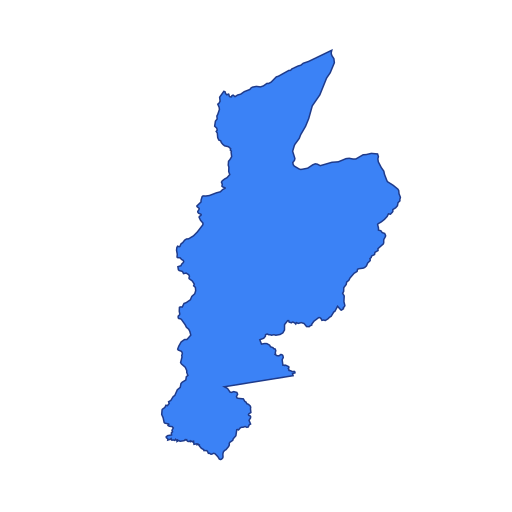 Caracolí, Antioquia, Colombia, rotated 240°
{"feature_id": "7082276B21568084054771", "entity_name": "Caracolí", "entity_type": "district", "adm_level": 2, "iso_a3": "COL", "parent_name": "Colombia", "parent_adm1": "Antioquia", "projection": "albers", "projection_center": [-74.748, 6.347], "detail": "fine", "context": "isolated", "style": "filled", "palette": "blue", "viewbox_px": 512, "rotation_deg": 240, "n_neighbors": 0, "source": "geoboundaries", "source_scale": "gbopen_adm2", "svg_char_len": 6132}
<svg xmlns="http://www.w3.org/2000/svg" viewBox="0 0 512 512"><g transform="rotate(240 256 256)"><path d="M166.6,305.4L167.4,305.6L168.1,307.5L168.7,308.2L172.5,309.3L177.3,312.4L180.4,312.4L181.5,314.2L184.7,316.2L186.2,319.8L188.1,321.5L188.5,324.2L189.9,326.3L192.0,332.3L192.1,335.8L193.7,337.3L193.6,338.6L191.9,342.7L191.7,344.4L192.2,346.7L194.1,349.2L194.9,352.5L195.5,353.0L196.8,353.3L197.1,355.0L198.2,356.0L198.0,359.4L199.7,360.8L199.7,364.4L201.4,365.3L202.8,372.3L203.6,373.2L206.3,374.8L208.2,377.9L209.0,378.5L211.2,378.7L213.2,377.0L215.5,376.7L217.2,375.0L219.1,376.1L222.4,377.0L222.9,377.8L222.9,381.6L223.5,385.6L224.7,389.4L226.3,391.8L225.0,393.3L225.8,396.1L226.3,396.9L227.8,397.7L227.9,401.0L228.8,403.6L231.2,405.7L231.8,408.2L233.0,408.8L234.6,410.4L238.4,411.0L241.3,412.3L242.9,412.3L248.5,410.2L254.4,407.1L255.6,407.0L262.5,408.1L265.6,409.1L270.1,408.7L276.4,409.0L279.2,410.1L280.9,411.7L283.6,412.3L287.2,407.2L288.7,402.2L290.1,399.4L290.1,391.0L291.4,388.6L294.0,385.6L295.3,382.7L296.4,374.4L299.2,368.6L302.1,356.8L304.9,355.0L306.2,353.4L306.6,350.8L306.2,344.7L308.1,339.1L308.8,337.7L309.9,336.8L314.7,334.1L316.4,333.9L318.5,334.5L319.6,337.1L320.9,338.4L328.4,340.1L332.4,344.3L333.2,345.4L336.2,352.2L338.7,355.3L343.5,363.7L348.6,370.3L357.9,379.8L363.6,391.8L374.8,406.1L377.6,411.9L384.2,420.5L387.9,422.1L391.2,421.9L393.2,422.2L394.6,422.9L396.3,424.5L398.2,398.8L399.3,393.3L398.8,390.2L399.5,387.5L400.1,380.7L399.5,378.7L400.3,377.2L400.5,365.1L401.0,363.2L399.0,356.0L399.1,353.3L400.0,351.7L399.6,347.5L400.2,344.4L402.7,341.1L404.0,337.4L404.0,335.7L403.3,334.0L404.2,328.0L403.8,323.6L404.6,320.7L404.5,317.5L406.8,316.6L406.9,315.3L406.1,314.3L406.8,313.1L408.0,312.8L409.7,313.3L410.1,313.0L410.1,311.4L411.9,310.9L413.7,311.3L414.7,310.5L411.7,303.9L408.0,302.3L406.8,300.3L406.6,298.8L403.1,298.4L401.2,297.6L397.7,293.6L396.8,292.1L394.1,290.9L393.1,288.3L389.1,285.1L386.5,285.9L384.4,285.4L383.8,283.8L381.9,284.0L377.6,282.0L374.9,281.8L373.5,283.0L371.6,282.7L369.2,283.1L367.1,283.9L364.4,286.8L361.6,287.7L360.5,286.7L359.1,287.1L358.2,286.3L354.2,284.6L352.5,281.6L351.8,279.6L348.6,277.4L346.5,276.9L342.8,274.6L339.6,274.0L338.3,270.0L338.4,267.5L338.0,264.4L337.2,263.0L335.1,262.7L333.5,261.4L332.2,261.9L330.6,263.3L330.1,263.1L330.2,260.2L329.4,257.3L330.5,253.3L331.7,245.8L333.1,242.4L334.5,240.2L334.4,239.1L331.9,236.4L330.3,235.4L328.9,229.8L328.3,229.6L325.6,230.6L324.9,230.1L323.7,227.8L322.9,227.5L321.7,227.7L319.7,229.2L319.2,229.2L318.7,228.6L318.6,226.7L318.0,226.1L314.7,225.8L311.0,226.5L309.6,225.6L306.1,217.1L304.7,212.0L304.6,206.2L305.5,204.3L305.4,202.1L304.2,199.2L304.1,197.3L302.3,194.8L302.5,194.0L303.7,193.0L302.9,191.7L300.8,190.1L296.9,188.7L294.6,187.1L293.9,187.2L292.3,189.4L290.2,189.8L288.5,190.8L287.3,190.6L286.7,189.8L286.1,187.5L285.1,186.2L285.8,183.0L282.9,181.9L281.8,182.2L279.7,184.3L278.7,184.6L277.0,184.4L276.1,187.0L273.4,188.4L271.7,188.2L270.4,186.9L269.7,186.8L266.3,188.3L262.5,188.5L261.4,187.1L259.1,187.8L256.1,186.4L253.9,184.0L253.1,180.2L250.9,177.3L250.5,172.3L250.9,169.9L248.7,166.7L249.8,164.8L249.8,164.0L246.5,161.9L243.9,161.0L243.3,160.4L242.8,158.5L241.3,157.7L240.4,157.9L239.4,159.2L238.2,159.7L231.9,160.3L229.1,160.1L226.3,161.1L223.9,161.0L220.1,160.0L218.2,154.5L219.4,152.3L219.0,148.2L216.5,144.0L214.5,141.6L213.5,141.6L210.8,143.7L209.5,143.8L208.1,143.3L207.1,142.0L205.5,141.4L201.4,137.4L199.7,137.5L195.0,139.1L191.3,138.7L189.8,137.8L186.6,137.3L186.3,135.3L183.7,133.2L183.6,129.0L183.1,127.3L180.1,124.7L179.5,121.0L175.8,115.9L175.7,114.1L173.5,110.0L173.5,107.4L171.7,107.1L170.7,104.4L171.8,103.4L170.4,101.3L170.1,98.3L169.7,97.7L165.9,95.1L162.4,94.7L157.7,93.2L156.8,93.5L154.2,96.4L153.9,96.4L153.5,95.1L153.1,95.1L151.9,95.8L150.1,98.1L148.4,98.4L147.1,96.1L145.5,95.8L145.1,94.2L143.2,93.4L144.6,89.8L144.4,87.9L143.6,87.5L141.6,88.2L140.7,87.5L140.2,89.8L140.3,91.2L139.1,90.8L138.5,91.1L138.1,92.3L136.9,93.4L137.5,94.7L136.4,94.9L136.1,95.9L134.9,94.9L134.8,96.9L133.5,97.6L132.0,101.5L132.4,102.9L131.7,103.1L131.6,104.1L130.6,103.9L129.5,104.3L128.7,105.4L128.8,106.6L127.9,106.5L127.8,107.8L126.8,108.0L126.8,109.3L123.9,108.1L122.9,111.1L122.5,111.3L122.1,110.8L121.8,111.9L121.1,111.7L120.7,112.5L119.7,112.0L116.8,112.5L114.4,113.9L113.5,113.6L112.1,116.0L111.1,116.3L108.9,116.1L108.4,117.2L107.2,117.6L106.5,118.6L106.4,120.5L105.4,121.6L101.3,122.6L98.4,122.7L97.4,123.6L97.3,124.6L97.7,126.1L98.4,126.9L101.1,128.3L102.6,129.7L103.3,131.5L103.3,133.2L104.7,137.0L105.7,138.4L107.1,139.1L107.7,140.1L108.0,143.7L109.1,144.9L110.4,148.7L115.2,152.5L115.1,153.1L114.1,153.9L115.0,156.4L115.0,157.5L114.1,159.4L113.8,161.3L112.2,162.4L111.8,163.8L113.2,165.7L113.2,167.3L117.2,167.8L118.5,170.3L119.5,171.0L120.5,171.0L121.6,170.0L122.4,170.1L122.9,170.9L123.0,173.3L126.4,174.8L127.7,175.8L129.0,176.0L131.3,175.3L132.7,174.2L134.5,174.3L135.7,173.6L138.6,173.6L141.8,169.2L142.8,168.5L144.2,168.9L145.5,171.0L147.4,171.2L149.7,168.9L150.1,166.6L151.0,165.5L155.5,165.1L158.6,163.2L133.8,228.3L135.9,228.8L135.3,231.3L136.1,231.7L136.9,231.5L137.9,229.4L139.3,228.7L140.2,227.4L140.9,227.3L141.5,227.9L142.5,227.7L143.2,228.9L143.8,229.0L146.7,227.0L146.7,226.2L147.3,226.0L148.0,224.7L153.1,226.8L154.4,228.8L155.9,229.4L157.0,229.4L158.3,228.4L158.1,225.9L159.2,224.3L161.4,223.3L161.6,224.0L162.8,224.5L164.1,225.8L165.9,226.1L166.9,225.0L168.1,224.9L170.1,223.2L172.0,223.2L174.7,221.6L175.9,219.7L177.0,216.7L181.6,217.4L180.9,221.6L181.8,224.0L183.0,224.8L183.1,225.8L182.7,226.9L181.6,227.5L180.5,229.2L179.7,229.7L178.9,232.2L177.5,233.5L176.0,237.6L176.0,240.8L177.7,243.7L182.3,246.4L184.2,251.1L183.7,252.0L182.2,251.6L180.4,253.3L180.6,254.4L180.2,255.1L178.6,256.1L177.2,256.4L178.1,257.7L176.5,258.9L175.7,261.9L173.5,263.9L169.6,264.5L168.2,266.7L168.5,268.1L168.3,269.7L169.2,270.4L170.6,273.7L171.3,279.5L170.8,280.4L169.5,281.0L167.3,280.9L166.7,282.6L165.5,283.7L165.6,286.9L166.2,289.0L166.2,290.9L168.7,295.5L168.6,296.6L171.7,301.5L166.8,302.5L166.4,302.9L166.6,305.4Z" fill="#3b82f6" stroke="#1e3a8a" stroke-width="1.5"/></g></svg>